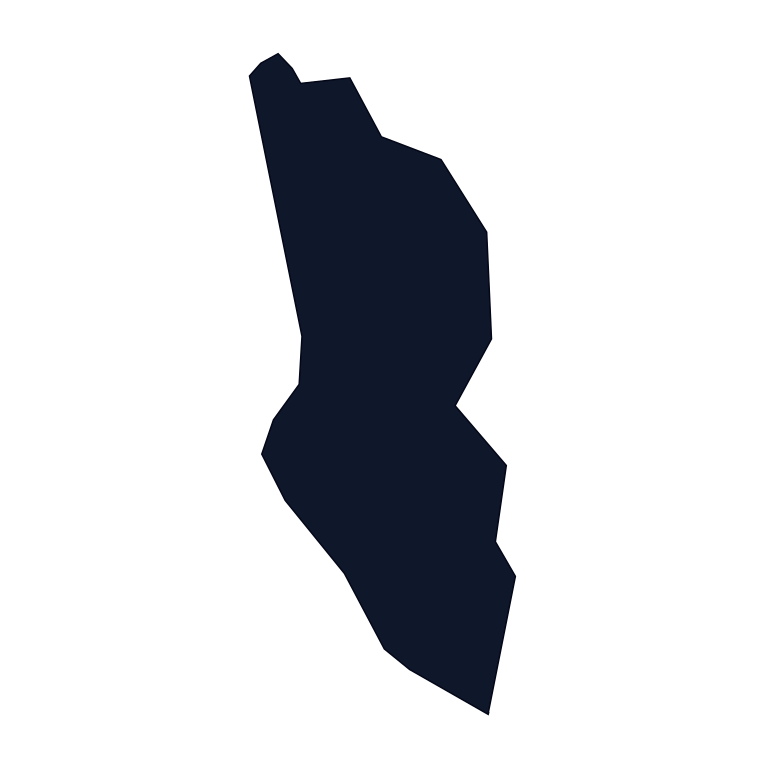 outline of North Down, rotated 268°
{"feature_id": "GBR-2098", "entity_name": "North Down", "entity_type": "District", "adm_level": 1, "iso_a3": "GBR", "parent_name": "United Kingdom", "parent_adm1": "", "projection": "orthographic", "projection_center": [-5.72, 54.647], "detail": "fine", "context": "isolated", "style": "filled", "palette": "ink", "viewbox_px": 768, "rotation_deg": 268, "n_neighbors": 0, "source": "natural_earth", "source_scale": "10m", "svg_char_len": 478}
<svg xmlns="http://www.w3.org/2000/svg" viewBox="0 0 768 768"><g transform="rotate(268 384 384)"><path d="M50.2,476.6L97.8,399.6L119.2,375.1L196.1,337.8L271.1,281.2L318.2,259.4L352.1,272.3L386.6,299.2L434.5,303.7L696.5,260.3L708.9,272.1L717.8,289.7L702.5,303.3L687.3,311.2L691.1,360.5L631.1,390.0L606.3,448.8L532.2,491.9L425.3,493.0L359.8,454.3L298.3,503.4L222.5,489.8L187.2,508.6L52.0,476.8L51.9,477.1L50.2,476.6Z" fill="#0f172a" stroke="#020617" stroke-width="1.5"/></g></svg>